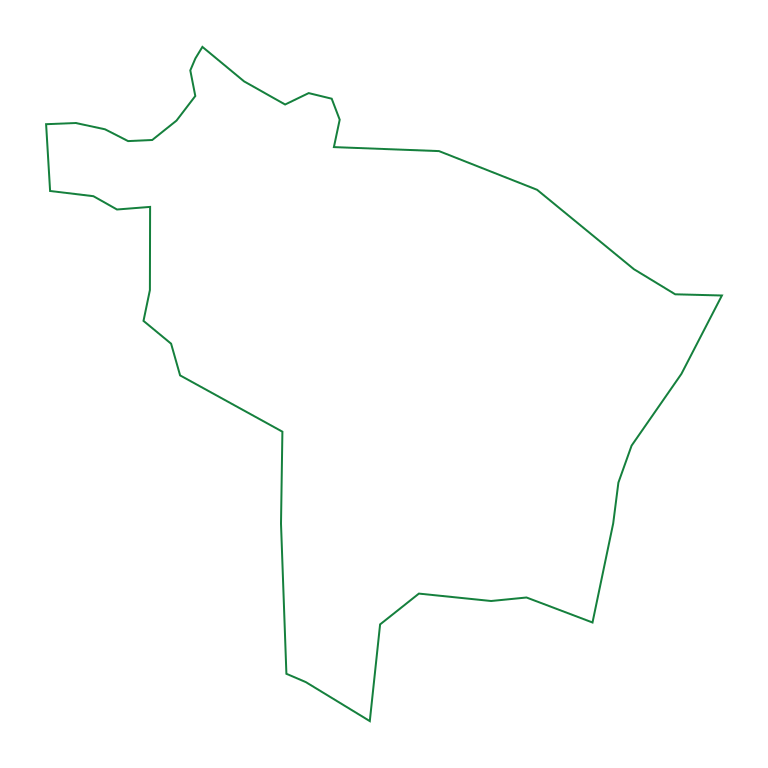 the County of Kotido
{"feature_id": "UGA-3123", "entity_name": "Kotido", "entity_type": "County", "adm_level": 1, "iso_a3": "UGA", "parent_name": "Uganda", "parent_adm1": "", "projection": "robinson", "projection_center": [33.884, 2.985], "detail": "fine", "context": "isolated", "style": "outline", "palette": "green", "viewbox_px": 768, "rotation_deg": 0, "n_neighbors": 0, "source": "natural_earth", "source_scale": "10m", "svg_char_len": 643}
<svg xmlns="http://www.w3.org/2000/svg" viewBox="0 0 768 768"><path d="M50.1,191.0L46.1,124.2L75.7,123.0L105.0,129.3L128.1,141.1L152.2,140.0L176.5,120.6L195.3,96.0L190.3,70.4L195.4,58.4L202.4,46.9L244.1,81.4L285.1,104.5L308.7,93.1L331.7,98.7L339.7,119.7L333.9,147.1L439.0,151.1L537.1,189.8L633.9,269.2L675.2,294.3L721.9,295.5L681.4,373.9L631.6,445.6L618.4,482.6L613.2,523.4L592.5,622.5L526.5,597.5L491.1,601.0L418.9,593.6L380.1,624.4L369.8,721.1L305.8,682.1L286.4,673.8L281.0,523.7L282.4,431.7L180.1,375.4L171.1,343.7L143.5,320.9L149.9,290.1L150.1,206.9L117.0,209.5L93.4,196.2L50.1,191.0Z" fill="none" stroke="#15803d" stroke-width="2"/></svg>